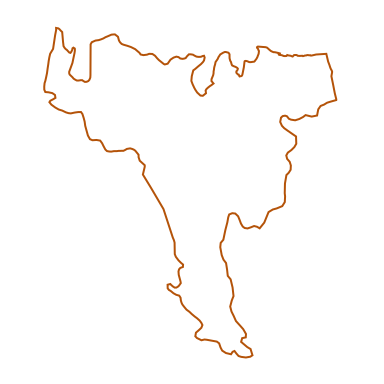 Tatau, Sarawak, Malaysia (Mercator projection), rotated 89°
{"feature_id": "92858781B61228252123101", "entity_name": "Tatau", "entity_type": "district", "adm_level": 2, "iso_a3": "MYS", "parent_name": "Malaysia", "parent_adm1": "Sarawak", "projection": "mercator", "projection_center": [112.968, 2.625], "detail": "fine", "context": "isolated", "style": "outline", "palette": "amber", "viewbox_px": 384, "rotation_deg": 89, "n_neighbors": 0, "source": "geoboundaries", "source_scale": "gbopen_adm2", "svg_char_len": 5432}
<svg xmlns="http://www.w3.org/2000/svg" viewBox="0 0 384 384"><g transform="rotate(89 192 192)"><path d="M32.8,326.1L46.5,328.4L51.3,331.4L54.9,332.3L58.5,333.0L61.9,333.5L66.0,334.2L70.6,334.9L74.6,335.8L78.3,336.7L80.6,337.5L84.1,337.9L87.1,337.9L89.5,336.9L89.8,333.8L90.7,329.9L92.6,327.3L95.5,326.9L96.9,329.3L98.3,332.1L99.7,333.0L102.2,331.1L105.1,327.3L107.2,323.8L108.3,320.4L110.2,316.6L111.0,314.1L111.3,311.8L110.5,307.8L110.1,304.4L110.1,301.6L112.1,300.2L116.1,299.0L119.8,298.1L124.0,297.6L133.7,295.1L137.4,293.1L138.5,290.6L138.3,286.6L139.0,282.9L141.7,281.0L144.5,279.7L148.0,277.9L149.6,276.3L150.1,273.9L150.2,271.9L149.8,269.5L149.8,266.2L149.6,264.6L149.6,262.5L149.6,259.8L148.7,257.9L147.8,256.4L147.3,253.1L147.9,251.1L148.6,249.5L149.7,248.0L153.8,244.8L156.3,244.8L159.8,243.7L162.8,240.5L164.4,238.8L165.9,238.8L173.7,240.8L187.0,233.0L208.6,220.8L237.2,212.0L239.9,210.9L242.3,210.3L249.2,210.3L253.8,210.3L256.5,209.3L260.1,206.7L262.7,204.2L264.4,202.2L266.8,202.4L267.7,205.0L269.1,206.3L271.2,206.9L274.6,206.7L281.0,205.1L282.9,204.8L285.5,206.7L286.6,208.0L287.3,209.4L287.3,211.0L286.0,212.9L284.3,214.7L283.6,215.3L284.3,218.0L287.0,218.0L287.9,218.0L289.5,216.8L290.6,215.0L292.9,212.3L294.5,209.6L295.4,206.6L297.5,205.3L300.4,205.0L302.5,204.4L304.3,203.6L306.6,201.9L309.5,199.6L311.8,196.6L314.0,194.4L316.6,191.4L318.2,189.3L320.7,186.6L322.9,185.0L325.2,183.9L327.9,185.0L330.2,187.5L332.7,190.5L336.3,191.2L338.1,189.6L340.4,185.1L339.7,182.1L340.0,179.8L342.0,169.8L343.8,167.5L347.9,166.2L351.1,164.6L353.6,160.9L354.9,155.8L352.5,154.2L351.7,152.3L354.2,150.5L356.8,148.3L357.7,145.7L358.4,141.0L357.7,136.6L356.3,134.4L350.0,136.2L349.0,137.9L347.9,139.6L342.7,145.5L339.0,144.4L338.3,140.8L334.9,140.5L330.0,143.2L326.5,146.2L321.8,150.3L316.6,152.5L312.2,154.6L307.2,155.8L301.1,154.1L296.8,152.3L288.2,153.1L280.0,154.9L276.5,157.7L270.0,158.3L263.6,159.2L260.2,161.7L255.6,163.4L247.7,164.7L243.4,164.2L240.3,161.5L230.6,159.3L223.0,157.2L217.9,156.2L215.1,155.2L213.9,152.1L214.3,149.1L217.1,146.3L221.0,144.8L224.4,143.6L227.4,141.9L228.9,140.0L229.4,137.1L228.4,133.9L227.1,130.5L227.9,127.6L229.5,125.0L223.9,120.3L213.4,115.8L210.9,111.5L209.9,107.6L207.7,102.0L203.7,99.4L198.1,99.0L194.9,99.3L185.1,98.9L176.7,97.3L174.5,95.0L171.5,93.0L167.2,92.7L163.5,93.8L160.5,96.3L157.1,97.1L154.3,95.5L151.8,91.9L148.9,88.9L145.6,86.9L139.8,87.0L138.3,87.0L135.8,90.5L132.2,95.5L129.8,98.7L127.4,100.9L123.5,102.6L119.2,101.7L117.7,100.0L117.3,97.6L117.9,95.8L120.5,93.8L121.4,91.7L122.1,87.6L120.9,83.5L119.0,79.7L117.1,77.1L118.7,71.0L117.7,65.6L115.2,65.1L111.5,64.3L108.2,61.9L106.9,58.4L105.1,55.4L104.2,52.3L103.4,49.3L102.6,46.2L101.9,46.1L95.8,47.5L86.7,49.1L78.7,50.6L76.6,50.2L75.2,49.9L74.1,49.8L72.9,50.2L71.7,50.9L70.5,51.4L69.0,51.9L67.6,52.3L64.0,53.6L56.2,55.3L56.7,65.5L57.6,69.8L57.7,70.8L57.3,71.4L57.4,72.4L57.2,73.3L57.1,74.4L57.5,75.6L57.5,76.7L57.8,77.5L58.1,78.7L57.7,79.4L57.8,80.9L57.8,82.6L57.6,84.1L56.9,84.9L56.8,86.4L56.9,87.6L58.3,89.0L58.1,89.7L57.5,91.0L57.1,93.3L56.7,94.4L57.6,95.1L57.7,95.9L57.7,96.5L57.7,97.3L57.5,98.4L57.1,98.9L56.7,100.3L56.4,102.5L55.7,102.9L55.8,102.0L55.0,101.7L54.5,103.2L53.7,106.6L53.6,108.1L53.1,109.3L52.3,110.8L50.8,112.5L49.0,114.4L48.5,115.8L47.8,122.9L47.8,123.8L48.1,124.2L48.4,124.5L49.0,124.4L49.7,123.8L50.2,123.4L51.3,123.1L52.2,122.6L54.6,122.9L55.6,123.2L56.9,123.8L57.9,124.1L58.8,124.6L59.6,125.0L60.6,125.7L61.4,126.4L62.3,127.0L62.8,127.7L62.9,128.9L63.1,130.2L63.2,131.4L63.1,132.6L62.5,133.8L62.1,134.8L61.9,135.7L61.9,136.4L62.1,137.0L62.5,137.2L68.3,138.0L75.6,139.6L76.6,140.1L77.0,140.8L77.1,141.6L77.3,142.4L76.9,142.7L76.2,142.9L75.4,143.3L75.3,144.0L73.8,145.4L73.2,145.6L72.1,145.5L71.3,144.7L70.3,144.2L69.5,144.0L68.7,144.6L67.7,146.2L66.9,148.2L66.1,149.7L64.6,150.3L62.8,150.7L61.4,151.5L58.9,152.1L55.0,152.1L54.0,152.6L53.3,153.3L53.0,154.4L52.6,155.8L52.6,156.8L53.3,158.5L55.0,161.4L56.1,162.1L57.5,163.1L59.6,164.1L62.5,166.2L64.9,166.7L66.7,167.3L68.3,167.7L69.9,167.9L71.8,168.3L73.8,168.4L75.6,168.8L79.5,170.5L81.4,170.6L83.9,168.6L85.4,170.6L86.4,172.2L88.0,174.3L89.4,175.8L90.7,176.6L93.5,176.3L96.0,179.5L95.7,181.9L92.6,185.1L89.8,186.9L87.9,187.9L84.3,189.5L80.9,190.7L76.2,190.2L70.4,188.6L69.0,186.6L66.5,183.6L64.3,180.8L62.3,178.8L60.7,177.7L57.8,177.0L56.0,177.6L56.2,178.8L57.0,180.8L57.0,183.4L56.7,185.2L55.7,187.1L54.7,188.7L54.3,191.0L54.3,192.7L56.3,194.7L58.0,196.0L58.5,197.6L58.7,199.2L58.3,201.4L56.9,203.1L56.4,205.3L57.3,208.1L59.3,211.2L63.3,214.1L64.0,217.0L63.5,218.0L59.5,222.8L57.7,224.5L55.1,226.6L53.3,229.2L53.1,232.4L53.9,234.6L54.3,238.2L53.6,241.0L51.9,242.1L50.6,243.6L48.2,246.3L46.0,250.5L44.7,254.1L43.5,258.0L42.7,259.8L41.0,261.4L39.2,262.4L35.5,263.3L34.6,264.4L33.1,266.3L33.1,267.8L33.3,269.9L34.0,271.5L34.9,273.7L35.7,275.8L36.9,277.9L37.8,280.3L38.5,282.6L38.9,285.9L39.9,288.2L40.5,289.6L42.6,290.8L73.5,291.5L75.9,291.7L78.0,292.6L79.3,293.8L80.0,295.5L80.0,297.3L79.0,298.9L78.3,299.8L78.3,301.5L78.6,303.7L78.5,305.3L77.6,306.9L76.6,308.4L75.2,309.5L73.8,310.9L72.4,312.3L71.2,312.7L69.7,312.7L60.9,309.3L57.8,308.6L51.3,307.1L49.0,306.7L47.4,306.6L46.5,306.7L45.6,308.1L46.3,309.0L47.6,309.2L49.5,310.1L50.8,311.1L50.4,312.3L47.7,314.7L46.9,315.8L45.6,316.9L43.9,317.9L41.7,318.1L39.9,318.3L29.8,319.0L28.3,320.5L26.9,321.7L26.1,322.7L25.6,325.0L27.6,325.0L32.8,326.1Z" fill="none" stroke="#b45309" stroke-width="2"/></g></svg>